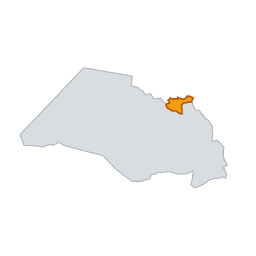 Kimiti, Sila, Chad (highlighted), rotated 280°
{"feature_id": "50815135B66817745888418", "entity_name": "Kimiti", "entity_type": "district", "adm_level": 2, "iso_a3": "TCD", "parent_name": "Chad", "parent_adm1": "Sila", "projection": "equal_earth", "projection_center": [22.332, 11.896], "detail": "fine", "context": "in_parent", "style": "filled", "palette": "amber", "viewbox_px": 256, "rotation_deg": 280, "n_neighbors": 0, "source": "geoboundaries", "source_scale": "gbopen_adm2", "svg_char_len": 5671}
<svg xmlns="http://www.w3.org/2000/svg" viewBox="0 0 256 256"><g transform="rotate(280 128 128)"><path d="M179.6,73.9L179.7,79.8L179.7,85.6L179.7,91.4L179.7,97.3L179.8,103.1L179.8,109.0L179.8,114.9L179.8,120.7L179.8,122.7L179.7,123.5L177.1,123.2L176.1,123.2L174.7,123.6L172.6,123.8L171.2,123.7L170.3,124.7L169.5,126.0L169.9,128.9L169.8,129.9L169.5,130.9L168.9,131.7L168.2,132.4L167.9,133.0L167.4,134.3L167.0,135.0L167.1,135.8L167.0,136.7L166.6,137.1L165.6,137.5L165.0,137.9L164.4,138.5L164.1,138.9L164.3,139.6L164.5,140.4L164.7,141.7L164.8,142.5L165.3,143.1L165.5,143.5L165.7,144.1L165.4,144.5L164.2,145.5L163.7,145.9L163.1,146.3L162.9,146.5L162.1,147.4L161.6,148.2L161.4,148.9L161.4,149.8L161.9,151.2L162.3,152.4L162.5,153.2L162.6,154.2L162.6,155.1L162.3,155.9L161.9,156.6L160.2,158.0L159.4,159.5L158.8,161.3L158.6,162.3L158.8,162.9L159.1,163.5L159.6,163.8L160.3,163.9L161.5,163.6L162.6,163.4L163.8,164.0L164.4,165.5L164.2,166.6L164.6,168.6L165.0,171.1L165.0,171.9L165.2,172.2L165.9,172.4L166.1,172.9L165.8,177.2L166.2,178.4L166.7,179.2L167.2,179.7L167.8,180.3L168.1,180.7L168.7,180.7L169.5,181.5L169.7,182.6L169.6,183.6L169.2,185.7L168.8,187.2L168.4,187.1L167.6,186.7L166.5,186.4L165.2,186.2L164.0,186.8L162.7,187.5L162.2,188.1L161.9,188.4L161.3,188.4L160.8,188.5L160.5,189.0L160.0,189.6L158.1,190.9L157.7,191.3L157.4,191.8L157.4,192.3L157.6,193.3L157.6,194.6L157.2,195.6L156.7,196.3L156.1,196.5L155.6,196.7L155.3,197.1L154.3,199.4L153.9,199.9L153.0,199.8L150.5,203.3L150.2,204.3L149.3,205.8L148.1,207.4L147.1,208.2L147.0,208.5L146.7,208.8L146.1,209.1L143.9,211.1L141.2,211.0L140.0,211.8L138.8,212.2L137.2,212.5L136.7,212.5L134.5,212.7L132.0,212.6L131.0,212.9L130.1,213.6L129.4,214.3L129.3,214.5L129.4,214.8L129.4,215.0L131.1,216.6L131.6,217.4L131.1,218.2L130.9,218.3L130.6,219.0L129.6,220.8L128.0,222.9L127.2,223.6L126.8,224.0L126.4,225.4L126.1,225.6L125.1,225.8L122.9,225.9L119.9,226.4L118.2,226.6L117.0,226.4L115.5,227.4L114.9,227.7L114.6,227.8L113.0,228.7L111.7,230.2L111.3,230.5L109.5,231.1L108.7,232.1L108.4,232.2L107.3,230.9L106.5,229.6L106.1,228.4L106.1,228.0L105.8,228.1L105.2,228.6L104.6,229.3L104.4,230.4L102.5,231.3L100.9,231.9L100.2,232.8L99.1,233.2L97.6,233.1L96.5,232.7L95.4,232.6L96.0,231.5L96.2,230.7L96.2,229.7L96.1,229.1L95.5,228.7L95.1,228.2L94.2,225.1L93.2,221.9L91.9,218.7L90.4,216.7L89.4,215.5L89.0,215.4L88.5,215.0L88.1,214.6L86.2,212.5L84.2,210.1L83.7,209.0L82.7,207.4L81.5,205.7L81.0,205.0L80.7,203.6L81.5,202.3L82.3,200.8L83.4,199.7L84.7,199.7L86.9,200.1L89.3,200.2L91.6,199.9L92.2,199.7L92.8,199.7L94.1,200.1L96.2,200.0L97.4,199.4L96.2,198.3L94.9,196.6L93.7,194.7L92.9,193.0L92.3,190.8L91.7,188.1L91.3,184.6L91.4,182.6L91.6,181.2L92.3,178.9L91.8,177.6L92.0,176.5L91.9,174.9L91.7,174.0L90.9,171.4L90.7,171.1L90.0,169.2L89.7,166.1L88.8,164.1L87.5,163.1L86.7,161.9L86.5,159.8L85.9,159.2L83.8,158.5L82.0,158.5L80.8,156.1L79.1,153.0L77.6,150.2L76.7,144.5L76.2,141.2L76.8,140.2L78.1,137.9L79.8,133.5L83.6,126.6L85.5,123.1L89.3,117.9L93.9,111.4L96.5,107.8L97.0,101.3L97.5,94.3L97.9,89.1L98.4,82.9L98.9,77.7L99.2,73.9L99.6,68.6L99.9,67.6L101.7,63.4L101.9,62.9L101.6,62.2L99.1,58.6L98.3,57.8L97.9,56.0L98.6,55.0L95.6,49.0L94.9,48.3L94.6,47.6L94.5,46.5L94.6,42.4L93.9,36.0L92.9,28.5L96.5,26.4L99.2,24.8L102.7,22.8L105.8,24.9L110.4,27.9L115.0,31.0L119.5,34.0L124.1,37.1L128.7,40.1L133.3,43.2L137.9,46.2L142.5,49.3L147.1,52.4L151.8,55.4L156.4,58.5L161.0,61.6L165.7,64.7L170.3,67.8L175.0,70.8L179.6,73.9Z" fill="#d9dde1" stroke="#a8b0b8" stroke-width="1"/><path d="M154.0,164.2L153.9,165.4L153.8,165.9L153.5,166.3L153.5,166.9L153.2,167.5L152.7,167.8L152.5,169.1L152.8,170.2L153.0,171.1L153.1,171.6L153.0,172.1L152.9,172.5L152.7,173.0L152.6,173.6L152.3,174.0L151.8,174.7L151.6,175.6L151.6,176.0L151.1,176.9L151.0,177.3L151.4,177.6L151.4,178.8L152.1,178.7L154.4,178.1L156.0,177.8L159.9,176.7L160.5,177.4L161.9,177.7L164.9,186.1L165.0,186.1L165.3,186.1L165.5,186.0L165.8,186.2L165.9,186.3L166.0,186.3L166.1,186.2L166.3,186.2L166.6,186.2L166.8,186.4L167.0,186.4L167.3,186.5L167.6,186.5L167.8,186.6L167.9,186.8L168.0,186.9L168.4,187.0L168.7,187.0L168.8,187.0L169.0,187.0L169.0,186.9L169.2,186.4L169.2,186.1L169.3,185.9L169.5,185.1L169.5,184.9L169.7,184.3L170.1,183.3L170.1,183.2L170.1,182.5L170.0,182.2L169.9,182.0L169.6,181.9L169.6,181.7L169.6,181.1L169.6,180.5L169.3,180.5L168.5,180.6L168.2,180.7L168.1,180.2L167.9,180.0L167.9,179.9L167.7,179.6L167.0,179.3L166.9,179.3L166.8,179.2L166.4,178.7L166.1,178.1L166.0,177.9L165.9,177.8L165.9,177.7L165.9,177.4L165.8,176.9L165.8,176.7L165.9,176.2L166.0,175.9L166.0,175.2L166.1,174.8L166.2,174.4L166.4,173.5L166.6,172.1L166.7,171.9L166.5,172.0L166.4,172.0L166.2,171.9L166.1,172.0L165.9,172.1L165.7,172.0L165.4,172.2L165.4,172.3L165.2,172.4L165.0,172.2L165.1,171.9L165.1,171.7L165.2,171.3L165.2,170.9L165.2,170.7L165.2,170.4L165.1,170.2L165.0,169.9L165.0,169.6L164.9,169.7L164.8,169.4L164.8,169.2L164.7,169.1L164.7,168.9L164.8,168.8L164.7,168.7L164.6,168.4L164.6,168.2L164.6,167.9L164.6,167.7L164.4,167.4L164.3,167.2L164.2,167.1L163.9,166.9L164.0,166.8L164.1,166.7L164.2,166.4L164.3,166.3L164.3,166.2L164.5,166.0L164.5,165.9L164.5,165.6L164.7,164.9L164.8,164.5L164.9,164.4L164.3,164.2L163.4,163.6L163.2,163.5L162.5,162.9L162.3,162.7L162.3,163.3L161.8,163.8L161.4,164.0L160.5,164.3L160.4,164.3L159.8,164.5L159.8,164.4L159.7,164.3L159.7,164.2L159.5,163.8L159.3,163.8L159.3,163.7L159.2,163.6L159.2,163.4L159.1,163.2L158.9,163.1L158.9,162.9L158.9,162.7L159.0,162.7L158.9,162.5L158.8,162.4L158.7,162.4L158.7,162.2L158.1,161.9L157.8,161.8L157.2,161.3L156.8,161.6L156.4,161.8L155.8,162.1L155.2,162.5L154.8,163.0L154.6,163.2L154.6,163.3L154.3,163.8L154.0,164.2Z" fill="#f59e0b" stroke="#b45309" stroke-width="1.5"/></g></svg>